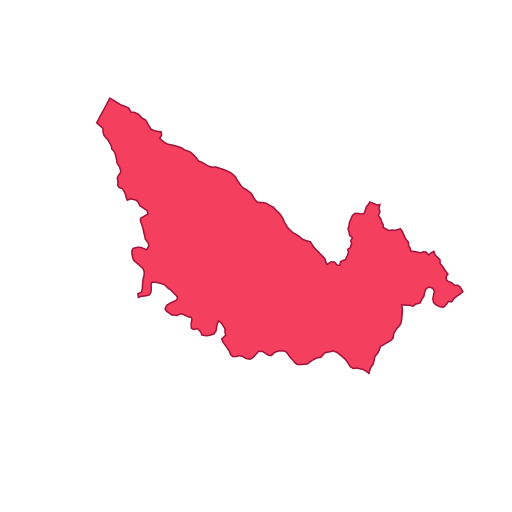 outline of Santa Isabel, Goiás, Brazil, rotated 296°
{"feature_id": "56859067B85014181310436", "entity_name": "Santa Isabel", "entity_type": "district", "adm_level": 2, "iso_a3": "BRA", "parent_name": "Brazil", "parent_adm1": "Goiás", "projection": "mercator", "projection_center": [-49.384, -15.241], "detail": "fine", "context": "isolated", "style": "filled", "palette": "rose", "viewbox_px": 512, "rotation_deg": 296, "n_neighbors": 0, "source": "geoboundaries", "source_scale": "gbopen_adm2", "svg_char_len": 4470}
<svg xmlns="http://www.w3.org/2000/svg" viewBox="0 0 512 512"><g transform="rotate(296 256 256)"><path d="M333.8,55.5L305.9,54.4L303.5,62.6L300.5,64.0L297.6,66.7L295.4,72.1L293.5,74.8L291.7,77.6L289.0,79.4L288.0,82.2L286.4,84.4L284.0,86.4L280.7,89.0L278.5,90.5L276.6,93.7L274.0,96.5L271.7,97.7L268.2,97.1L265.2,97.1L262.8,99.1L258.7,100.9L257.5,103.2L258.1,106.2L255.4,110.3L253.1,112.6L251.3,114.0L249.7,115.8L252.3,118.3L253.6,123.3L253.0,126.2L250.3,129.5L249.1,138.0L246.5,140.5L242.2,137.7L239.3,135.7L237.1,136.6L234.8,138.8L232.7,141.0L230.7,142.8L227.6,145.1L224.9,147.5L222.6,149.1L220.7,152.9L218.5,155.2L213.6,154.9L213.3,148.9L212.2,146.1L209.0,142.2L206.2,142.2L203.9,143.3L202.0,144.7L200.1,146.2L198.4,148.1L196.7,154.9L195.3,159.6L193.2,162.2L190.4,163.6L186.4,164.5L181.8,166.0L177.1,168.0L173.1,168.9L170.3,166.3L167.2,168.4L169.7,170.8L170.9,173.0L172.4,175.0L174.1,177.1L176.5,177.5L179.4,176.9L183.8,174.5L186.6,173.8L188.2,176.7L189.4,181.2L190.1,186.6L188.4,191.2L188.2,194.0L186.3,199.2L184.9,203.2L182.3,204.1L180.3,203.1L178.5,201.4L175.5,199.2L172.6,197.3L168.5,197.5L167.1,199.7L166.7,202.9L166.0,206.1L167.2,208.7L167.9,211.2L170.2,212.7L171.5,215.0L171.7,221.9L172.5,224.7L170.9,226.2L167.0,227.2L162.8,229.5L162.5,231.9L165.1,235.4L163.4,239.9L161.2,241.8L162.6,246.5L164.6,249.4L167.6,252.4L171.3,252.9L174.8,251.8L177.9,251.0L181.4,250.8L180.4,254.7L178.5,257.6L176.9,260.1L173.7,261.6L171.5,263.5L166.4,261.5L164.0,264.3L162.7,266.8L158.9,273.6L156.1,276.5L155.4,279.2L156.9,282.3L158.8,284.3L159.9,287.7L159.5,292.0L160.6,295.9L163.0,297.6L166.4,298.7L171.4,300.1L173.1,303.8L172.6,307.4L172.3,311.4L173.4,313.5L176.1,314.4L178.5,315.8L181.0,318.7L183.0,323.1L182.8,325.9L180.9,329.3L179.4,332.3L178.5,335.1L177.1,337.6L176.6,340.7L178.5,344.7L181.6,349.5L186.3,351.9L191.1,355.4L193.3,358.7L196.1,359.4L199.5,360.6L201.7,363.6L204.6,367.3L204.8,371.4L204.0,374.9L202.5,380.8L201.2,383.9L199.5,386.5L197.8,389.4L197.5,392.8L199.3,395.4L200.0,397.9L201.0,402.3L200.6,406.4L199.9,409.0L204.3,408.1L206.7,408.1L210.2,408.7L212.9,408.2L217.7,407.0L223.0,408.1L225.8,407.9L229.3,407.5L231.2,408.9L234.6,411.1L237.1,412.9L240.2,414.7L242.4,415.2L246.9,413.8L252.2,414.3L256.7,415.6L259.7,415.6L262.6,414.8L269.4,412.2L272.5,410.8L276.1,408.3L277.3,411.9L278.9,415.2L279.7,419.1L282.6,420.6L285.9,424.2L289.6,424.0L293.3,424.6L297.6,423.4L301.3,423.3L304.1,425.3L304.4,429.4L302.1,431.9L299.2,432.6L295.0,433.7L292.0,436.0L291.0,438.9L290.9,443.3L291.9,446.6L294.0,447.9L296.5,448.4L299.4,448.8L300.6,452.0L304.2,452.5L307.6,454.0L311.4,456.2L314.6,457.6L317.7,453.0L318.1,449.9L316.7,447.5L317.8,443.4L317.4,440.7L317.7,438.1L320.5,435.9L323.8,436.5L325.5,433.2L327.1,430.5L328.7,427.9L329.8,424.9L333.3,423.0L335.4,416.6L338.2,413.8L335.5,411.9L332.6,410.7L334.1,407.2L333.3,404.6L331.4,403.2L330.5,400.6L329.5,396.1L328.1,392.9L330.5,391.4L332.2,388.7L335.3,386.9L337.0,383.0L340.3,379.0L342.5,376.4L343.8,373.7L342.1,372.1L340.4,370.4L339.0,366.9L337.2,364.4L337.3,361.0L337.5,357.6L339.7,356.8L341.8,354.0L344.0,352.0L346.2,348.3L350.2,348.0L352.8,345.6L356.6,344.8L354.9,342.6L354.8,338.0L354.4,334.6L351.6,334.4L348.8,333.6L344.4,334.2L341.5,334.5L340.0,332.6L339.2,329.6L337.6,326.1L334.6,324.9L327.0,325.3L323.3,326.5L320.9,326.7L318.5,328.9L315.6,331.1L314.8,334.6L311.1,334.5L309.2,336.4L304.9,337.1L302.2,335.5L299.9,337.5L295.7,338.0L292.1,337.9L288.0,334.4L284.3,335.4L283.4,332.7L285.0,329.3L283.6,325.9L279.5,323.5L281.1,321.5L283.9,319.0L285.1,315.7L286.0,312.9L287.0,310.5L287.8,307.7L289.5,303.7L292.6,298.7L291.7,293.6L291.5,290.1L292.7,285.7L293.0,282.3L293.1,279.3L294.3,275.1L295.5,271.8L297.8,268.3L299.4,266.0L301.1,264.3L302.7,261.9L303.8,259.9L304.9,257.6L305.6,254.7L307.4,250.4L307.5,248.1L307.5,245.2L307.9,242.4L307.2,239.2L305.0,233.8L305.9,231.0L307.0,228.9L308.7,226.8L310.5,223.5L311.0,220.3L311.5,218.0L311.5,215.0L312.2,212.5L313.8,209.6L316.2,205.5L318.1,202.8L319.0,200.3L319.8,196.5L319.8,193.3L319.6,189.8L318.4,180.8L316.7,177.9L315.9,173.8L316.1,171.0L316.5,166.8L316.3,162.6L318.3,158.8L319.6,155.2L320.6,151.6L320.5,148.6L320.0,144.8L320.6,142.3L320.1,137.4L319.3,133.5L317.8,127.4L318.0,123.8L318.7,120.9L319.5,117.8L323.0,118.3L326.0,116.5L325.0,113.2L324.1,109.9L324.0,106.2L326.7,101.7L328.5,99.4L329.9,96.9L329.9,93.7L330.7,91.3L331.9,88.3L331.8,83.8L330.5,80.6L333.2,76.8L333.0,71.2L332.6,68.3L332.9,64.8L333.3,62.2L333.8,55.5Z" fill="#f43f5e" stroke="#9f1239" stroke-width="1.5"/></g></svg>